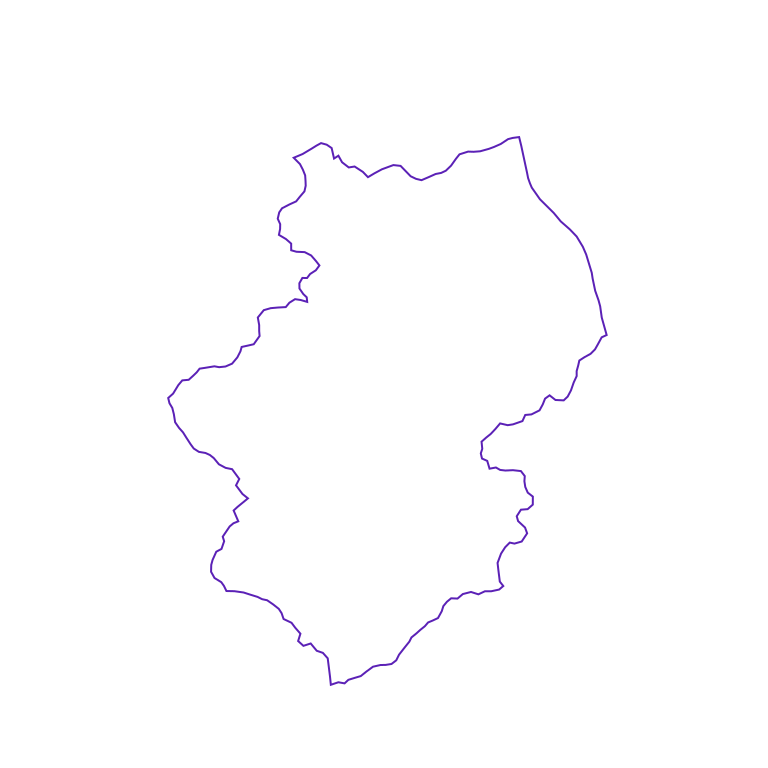 outline of Cardoso, São Paulo, Brazil, rotated 57°
{"feature_id": "56859067B23507277566037", "entity_name": "Cardoso", "entity_type": "district", "adm_level": 2, "iso_a3": "BRA", "parent_name": "Brazil", "parent_adm1": "São Paulo", "projection": "albers", "projection_center": [-49.951, -20.067], "detail": "fine", "context": "isolated", "style": "outline", "palette": "violet", "viewbox_px": 768, "rotation_deg": 57, "n_neighbors": 0, "source": "geoboundaries", "source_scale": "gbopen_adm2", "svg_char_len": 3369}
<svg xmlns="http://www.w3.org/2000/svg" viewBox="0 0 768 768"><g transform="rotate(57 384 384)"><path d="M250.5,136.2L247.7,142.1L246.2,146.6L246.3,155.3L245.1,162.7L243.9,168.0L241.2,176.6L238.1,182.3L234.9,186.9L232.5,195.6L234.3,201.0L237.4,208.8L238.8,216.0L238.1,221.1L236.0,226.3L234.8,234.0L233.5,241.5L229.4,245.4L224.3,248.5L210.1,251.3L205.5,256.9L202.8,268.8L202.1,277.3L201.8,284.8L194.6,286.2L185.6,290.2L183.2,295.6L175.2,298.4L167.7,297.9L167.7,303.1L157.6,299.4L152.1,301.7L147.7,305.6L147.3,310.8L147.2,316.5L146.8,327.0L145.1,336.5L153.8,334.7L160.0,335.3L166.1,336.5L171.1,339.3L175.1,341.7L179.1,345.8L181.1,352.5L183.0,358.2L181.9,365.6L181.1,373.8L183.0,378.4L187.5,383.1L193.4,384.0L197.4,386.7L201.7,390.9L209.0,387.3L215.7,385.4L221.3,389.0L225.4,385.4L230.2,378.7L236.5,375.1L243.7,374.1L249.4,373.6L251.5,379.2L251.5,386.1L253.2,390.8L250.6,394.7L253.4,400.1L257.9,402.9L264.6,402.7L269.2,401.6L273.3,403.7L268.2,408.1L264.4,412.4L264.3,419.1L266.0,424.5L262.1,431.3L258.7,437.7L256.6,444.6L259.5,453.6L266.6,456.6L271.7,459.9L276.0,462.2L279.7,471.6L277.7,477.1L275.4,483.2L278.4,486.6L281.8,492.5L284.2,500.3L283.0,507.4L280.1,513.1L276.8,516.6L272.8,525.7L270.7,530.3L272.2,534.7L273.1,539.3L274.1,545.5L271.1,551.2L272.9,557.1L277.2,566.1L278.2,572.6L283.3,574.4L288.8,574.6L294.9,576.7L302.3,580.0L309.2,579.8L315.1,578.9L321.4,579.0L329.4,579.0L334.5,578.7L340.1,576.2L344.6,571.3L348.7,568.7L353.5,567.1L361.4,566.2L368.1,562.5L372.7,557.8L384.8,557.1L388.4,563.3L399.2,562.6L405.8,560.4L407.3,573.8L408.2,579.0L419.8,581.0L418.8,586.1L419.4,591.0L424.2,602.4L428.8,603.7L433.8,610.1L433.3,616.0L438.2,623.6L441.6,627.4L447.3,631.3L454.4,631.8L461.6,628.4L466.1,628.2L471.8,628.9L476.3,622.3L482.4,615.3L487.2,611.4L493.7,606.0L498.1,603.4L501.7,599.8L508.5,597.0L515.3,594.7L520.4,594.7L526.4,596.2L533.9,591.6L540.0,591.2L547.9,590.1L552.8,596.0L559.7,594.2L561.7,586.8L571.1,585.7L576.2,581.7L583.4,580.6L599.9,588.6L607.3,592.4L609.3,584.7L613.6,580.1L612.7,575.0L614.6,568.3L616.3,562.6L615.6,555.6L615.1,547.2L617.8,539.9L620.4,535.8L622.9,530.2L622.4,524.2L619.2,518.8L616.1,509.8L613.9,503.1L611.5,499.0L610.8,492.5L610.0,487.6L609.4,481.7L608.0,476.9L608.9,472.0L609.7,466.2L606.0,459.3L602.6,455.2L600.9,449.8L600.3,444.4L604.0,439.2L603.1,432.3L605.8,424.3L611.8,419.4L612.8,412.2L616.2,407.0L619.1,399.4L618.4,394.0L612.8,394.5L601.7,389.1L595.9,386.2L590.0,378.2L586.9,371.3L585.5,364.9L588.9,361.5L591.1,354.3L587.2,345.3L581.2,343.9L572.0,346.2L567.2,344.7L564.0,337.6L567.2,331.7L566.2,324.9L559.5,320.5L553.4,322.6L547.3,321.6L542.0,319.2L537.9,316.1L531.6,316.6L526.5,322.8L522.7,329.3L519.3,333.4L515.0,335.6L512.5,341.6L504.7,339.3L499.9,342.4L494.9,340.6L491.9,336.9L485.5,333.6L484.6,327.5L484.0,321.6L482.4,315.1L480.3,308.1L485.9,302.7L488.1,297.8L490.5,288.1L486.9,282.4L489.8,276.9L490.8,267.9L487.6,262.0L484.0,256.9L483.7,251.3L490.8,248.9L495.6,242.2L494.6,236.8L491.2,230.7L486.0,224.0L482.3,218.1L478.1,215.4L474.3,211.1L470.7,207.4L470.7,201.3L471.2,194.3L469.9,188.2L467.3,183.2L463.4,176.0L464.2,170.6L446.9,165.2L436.6,160.4L430.7,158.5L420.8,156.1L409.2,151.6L403.9,149.2L385.5,143.9L377.2,142.5L365.2,142.1L355.7,143.9L343.9,147.2L332.9,148.5L314.0,152.6L299.8,153.1L295.2,152.3L289.8,151.0L284.8,149.0L265.9,141.8L259.1,139.2L250.5,136.2Z" fill="none" stroke="#5b21b6" stroke-width="2"/></g></svg>